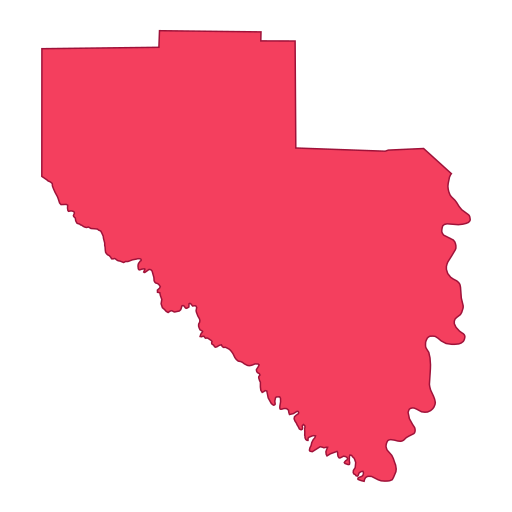 Laishi, Formosa, Argentina
{"feature_id": "61730980B73783012017414", "entity_name": "Laishi", "entity_type": "district", "adm_level": 2, "iso_a3": "ARG", "parent_name": "Argentina", "parent_adm1": "Formosa", "projection": "robinson", "projection_center": [-58.523, -26.515], "detail": "fine", "context": "isolated", "style": "filled", "palette": "rose", "viewbox_px": 512, "rotation_deg": 0, "n_neighbors": 0, "source": "geoboundaries", "source_scale": "gbopen_adm2", "svg_char_len": 6083}
<svg xmlns="http://www.w3.org/2000/svg" viewBox="0 0 512 512"><path d="M361.5,480.7L364.1,481.3L364.3,480.4L364.8,478.9L365.6,477.6L366.8,476.8L368.0,476.3L371.5,476.4L378.2,479.8L381.1,480.8L384.9,481.1L387.8,481.0L389.8,480.7L392.2,479.7L393.5,477.4L395.9,471.7L396.2,469.0L395.6,465.0L394.9,463.2L393.3,458.5L391.8,455.4L387.6,450.6L386.9,449.7L386.0,446.6L386.1,445.2L386.4,443.6L387.1,441.8L387.9,440.5L389.1,439.9L390.7,439.6L394.3,440.1L397.8,441.0L400.6,441.3L402.0,441.0L403.6,440.2L406.3,437.6L408.9,436.1L413.7,433.7L414.5,432.9L414.9,431.9L415.1,430.9L415.1,429.7L414.9,428.4L414.6,427.5L412.5,424.3L409.4,418.7L408.1,412.4L408.7,410.4L409.4,409.1L410.7,408.3L412.7,407.9L414.3,408.1L416.6,409.1L421.6,411.8L424.9,412.2L427.6,412.0L430.6,410.6L432.6,408.9L433.9,407.2L435.0,404.5L435.3,402.6L435.0,400.9L434.6,399.1L433.5,396.2L430.6,390.0L429.8,387.0L429.4,384.4L430.4,368.8L430.5,364.8L430.0,357.9L428.8,352.4L426.7,349.1L425.7,347.2L425.5,345.1L425.6,342.3L426.1,340.6L427.3,338.1L428.6,336.9L430.0,336.2L433.0,336.1L435.2,336.4L437.9,338.1L441.2,340.9L446.1,343.5L451.7,344.3L454.7,344.3L458.8,343.9L461.2,343.0L463.3,341.4L464.0,340.2L464.5,338.9L464.9,336.9L464.8,336.0L464.3,334.8L463.3,333.7L461.7,332.7L459.5,331.1L456.0,327.3L454.3,323.7L454.3,321.1L455.1,319.0L456.6,317.5L460.4,314.6L461.7,312.4L463.0,308.3L463.2,307.0L463.1,305.5L461.3,298.0L460.5,287.2L460.0,284.8L459.4,283.5L458.4,282.3L456.8,280.9L453.2,279.0L450.6,277.2L447.7,273.5L446.4,269.4L446.4,266.4L447.0,264.1L447.8,262.0L451.6,256.0L455.3,249.8L455.9,248.2L455.9,245.7L455.5,243.8L454.8,241.9L453.3,240.0L443.6,235.1L442.4,233.3L441.8,231.8L441.8,230.0L442.2,227.6L442.8,225.7L444.5,224.4L447.1,223.8L458.3,224.7L462.7,224.2L466.1,223.4L468.5,222.4L469.9,220.8L470.2,219.8L470.0,218.1L469.7,216.6L469.3,215.7L468.6,214.8L461.8,209.8L459.1,206.5L456.7,202.6L454.9,200.2L451.3,196.7L450.0,194.9L448.8,191.8L448.2,189.2L447.9,186.3L448.2,183.4L449.5,177.1L450.7,174.5L451.4,173.7L423.6,148.5L388.3,150.1L385.2,151.2L295.8,148.0L295.1,41.0L260.8,40.9L261.0,31.9L159.5,30.7L158.9,47.3L41.9,48.7L41.8,176.4L46.8,179.8L48.0,180.9L50.3,181.9L51.8,183.1L52.2,183.6L52.3,184.0L52.4,185.8L52.7,186.7L53.5,188.8L55.1,192.4L57.4,196.6L58.1,198.4L59.6,203.0L61.0,204.6L66.3,204.4L67.7,205.2L67.5,208.0L67.9,210.5L68.5,211.3L71.0,210.9L72.0,211.0L73.5,211.5L74.2,212.1L74.4,213.2L73.4,215.6L73.7,216.5L75.3,218.1L75.7,220.8L76.9,223.1L78.1,223.7L79.6,224.0L80.5,224.9L81.5,225.1L83.5,226.5L85.1,227.2L86.6,227.5L88.4,227.0L91.0,228.5L95.2,228.8L97.5,229.1L98.6,230.1L100.7,231.0L101.7,232.8L103.2,236.1L103.5,238.4L104.7,243.0L104.7,245.3L105.1,247.1L105.3,250.2L105.6,252.3L106.5,253.7L107.6,254.8L109.4,255.7L110.8,257.4L111.6,258.8L113.0,258.9L114.6,258.5L115.5,258.9L116.8,260.0L118.0,260.7L120.1,261.1L123.6,262.5L125.8,261.4L127.0,261.6L128.3,261.4L132.5,259.8L136.3,259.1L137.8,258.7L139.4,258.7L140.4,258.9L141.0,259.3L141.2,259.8L141.1,260.6L140.2,261.1L139.4,262.3L138.6,263.3L138.2,264.4L138.0,266.1L138.3,268.8L138.9,269.7L139.7,269.9L141.7,269.2L144.3,268.8L144.9,269.1L144.8,269.6L143.7,272.0L144.3,272.5L144.9,272.4L146.9,271.0L148.9,269.5L150.1,269.5L151.2,270.0L152.1,271.1L153.9,277.5L154.1,280.8L155.0,282.4L155.9,283.1L157.2,283.4L158.7,284.3L160.3,286.6L159.6,288.1L157.4,290.1L157.5,292.3L159.8,292.7L160.4,295.6L161.8,299.4L161.1,303.8L162.4,307.7L164.5,309.5L166.2,311.4L168.1,312.5L170.0,311.2L171.2,310.7L172.5,311.0L173.6,311.7L174.6,312.0L179.3,311.0L180.7,309.7L181.4,307.8L181.8,306.0L183.0,305.5L183.9,305.9L185.5,308.0L186.3,308.3L187.3,308.0L188.9,307.0L189.0,303.8L189.6,303.4L190.6,303.6L192.6,306.0L195.0,305.7L195.9,306.0L196.7,307.5L196.1,310.6L196.3,311.9L197.8,315.9L199.5,318.9L199.9,320.7L199.6,322.3L198.7,324.0L198.6,324.9L198.6,326.2L199.1,327.8L200.0,329.8L201.7,330.7L202.6,331.4L202.3,332.3L201.4,333.1L200.8,334.2L200.1,336.5L201.6,336.8L202.7,336.3L203.9,336.3L205.4,338.2L207.1,338.0L208.0,338.3L211.2,340.5L212.0,341.5L211.6,342.8L211.8,343.9L212.7,344.6L213.3,344.9L213.8,345.4L214.1,346.0L214.7,346.8L215.4,347.2L216.9,346.8L219.2,345.4L221.4,344.8L222.1,346.3L223.4,347.4L225.6,347.3L228.9,349.0L230.4,350.2L231.9,352.1L233.0,353.7L234.9,357.6L236.3,359.5L238.2,361.1L240.8,361.6L242.5,362.4L244.3,363.8L247.4,365.4L249.3,365.7L251.1,365.4L252.7,364.9L255.0,363.9L258.1,364.0L259.1,364.9L258.2,366.8L256.4,369.6L256.5,370.7L256.8,371.7L257.6,372.7L259.3,373.6L260.0,375.0L258.8,376.5L258.7,377.8L259.6,380.7L260.4,382.2L260.4,387.0L260.8,390.2L262.2,392.4L263.6,391.7L265.1,390.6L266.8,391.0L268.2,397.9L271.3,403.5L272.6,404.6L273.6,405.2L274.6,404.9L275.2,404.1L274.8,401.1L275.6,397.5L276.6,396.9L279.6,396.8L280.5,398.2L280.6,401.7L279.9,406.0L279.8,408.0L280.3,409.2L281.7,409.2L283.6,408.6L284.8,408.5L286.6,408.6L288.6,410.3L288.7,411.9L289.3,414.0L289.5,414.5L293.4,413.6L297.1,411.3L298.2,411.5L298.7,412.7L298.4,413.7L296.3,415.1L294.5,416.7L294.1,418.8L295.0,421.1L296.3,423.0L297.2,425.0L298.0,426.2L299.4,429.0L301.1,429.8L302.2,429.3L302.6,427.7L302.2,426.3L302.5,425.4L303.5,424.5L304.9,425.9L305.0,427.4L304.6,428.6L304.8,432.3L304.7,435.3L305.1,436.8L305.0,437.7L305.8,439.5L307.1,440.4L308.0,440.4L308.0,439.4L308.2,438.0L308.9,437.3L312.2,435.9L313.8,435.6L315.5,435.9L314.9,437.7L313.2,439.7L311.7,442.7L311.1,445.5L309.9,447.9L309.4,450.2L310.0,451.2L312.3,451.7L320.2,446.7L322.7,447.3L323.9,447.8L326.4,447.2L327.6,447.3L326.8,449.1L325.9,451.8L326.2,454.4L327.0,455.9L330.4,453.8L337.0,451.4L337.6,452.4L337.7,454.5L338.0,456.2L338.9,457.7L339.9,458.0L341.8,457.1L343.4,456.2L345.4,456.5L347.0,457.4L347.6,458.7L347.1,459.8L345.7,460.7L344.7,461.9L344.3,462.6L345.0,463.5L348.2,464.6L349.4,464.4L349.7,462.8L349.3,460.7L349.4,456.6L350.0,455.0L351.6,455.4L352.7,456.9L354.2,458.3L354.9,460.1L355.7,462.5L355.2,467.6L353.4,470.4L353.2,472.5L353.8,473.9L355.2,474.6L356.1,475.8L357.4,476.1L358.2,475.4L359.0,473.1L359.8,472.4L361.1,471.6L362.9,471.3L363.4,472.4L363.4,473.6L363.0,475.1L362.4,475.9L361.2,476.6L359.0,477.4L357.9,478.2L358.0,479.4L359.7,480.1L361.5,480.7Z" fill="#f43f5e" stroke="#9f1239" stroke-width="1.5"/></svg>